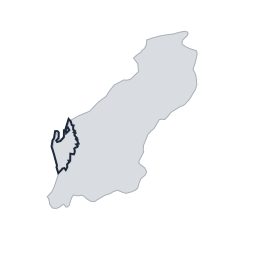 location of Vlorë, Vlorë, Albania, rotated 45°
{"feature_id": "67620474B72762453157270", "entity_name": "Vlorë", "entity_type": "district", "adm_level": 2, "iso_a3": "ALB", "parent_name": "Albania", "parent_adm1": "Vlorë", "projection": "equal_earth", "projection_center": [19.584, 40.349], "detail": "fine", "context": "in_parent", "style": "outline", "palette": "slate", "viewbox_px": 256, "rotation_deg": 45, "n_neighbors": 0, "source": "geoboundaries", "source_scale": "gbopen_adm2", "svg_char_len": 2246}
<svg xmlns="http://www.w3.org/2000/svg" viewBox="0 0 256 256"><g transform="rotate(45 128 128)"><path d="M82.4,74.7L82.6,71.0L83.5,65.3L83.0,63.4L83.5,60.1L81.8,55.7L79.0,52.5L81.7,46.9L85.6,40.2L89.3,34.9L93.7,29.3L96.6,24.0L99.8,19.4L102.5,18.0L103.9,19.0L104.6,21.0L104.4,26.9L105.4,28.9L107.2,30.5L111.2,29.7L115.6,28.2L121.5,25.1L122.5,25.3L124.7,26.9L129.3,34.1L132.4,40.4L138.4,42.6L141.8,45.1L146.1,48.8L148.2,52.6L151.2,64.1L151.5,71.1L150.7,74.3L150.0,75.1L147.3,86.5L148.0,92.3L148.0,96.2L145.7,97.7L144.2,100.1L146.7,109.6L146.5,113.7L146.6,118.3L151.1,129.0L153.7,132.3L156.0,133.8L159.1,143.6L160.9,145.3L168.1,144.4L171.7,145.5L173.1,147.8L173.4,149.4L173.0,154.9L174.8,159.2L177.3,163.5L177.3,166.2L175.7,170.5L172.8,175.6L169.0,177.6L164.7,179.3L162.7,183.2L161.7,187.4L159.8,190.6L158.7,194.0L156.9,201.0L156.5,203.6L153.6,206.1L149.1,207.2L145.1,207.4L142.4,208.6L141.0,211.0L138.5,212.9L137.0,213.8L137.0,215.9L138.9,220.4L141.0,224.0L141.0,226.9L140.0,227.7L136.7,227.4L136.0,228.4L135.7,231.7L134.8,234.5L133.5,236.2L131.1,238.0L126.8,237.4L122.8,234.6L120.7,233.8L119.5,233.8L119.2,227.0L117.4,221.7L111.0,209.0L90.3,196.7L85.4,191.1L83.3,186.5L81.1,182.1L83.2,182.0L85.2,183.1L87.8,184.4L88.8,182.2L87.7,177.4L82.4,166.2L82.0,163.1L84.6,153.8L89.0,143.3L88.7,130.6L90.1,121.0L88.6,114.8L87.9,107.2L91.0,97.1L93.7,94.6L95.4,91.4L95.5,80.6L89.4,75.6L82.4,74.7Z" fill="#d9dde1" stroke="#a8b0b8" stroke-width="1"/><path d="M79.6,163.6L84.9,173.6L85.1,170.2L88.0,171.0L88.0,175.4L86.0,173.9L84.4,175.0L89.2,179.9L89.4,185.0L87.8,188.0L86.1,187.6L86.0,186.7L86.1,184.8L85.2,183.2L83.9,181.9L82.3,180.2L81.3,180.0L80.2,180.2L78.7,181.7L82.8,187.4L83.4,190.2L87.1,195.2L94.2,198.9L104.1,204.6L105.3,206.4L110.6,209.2L110.6,204.4L110.3,203.1L111.3,201.4L113.7,201.7L112.7,198.6L110.6,196.7L110.6,193.6L109.1,193.1L110.2,192.0L105.4,186.9L108.4,184.9L107.8,183.5L106.8,182.0L104.5,180.5L104.7,179.0L105.5,177.7L105.3,176.2L102.9,176.2L104.2,174.0L103.0,173.6L102.0,173.3L101.5,173.1L101.2,172.6L100.4,172.7L99.8,172.8L100.0,171.9L98.7,172.0L98.8,171.2L95.4,171.0L94.5,170.2L94.5,168.8L92.7,169.4L92.7,167.6L90.4,167.9L88.4,166.0L87.8,164.7L86.2,165.7L82.9,163.8L79.6,163.6Z" fill="none" stroke="#1e293b" stroke-width="2"/></g></svg>